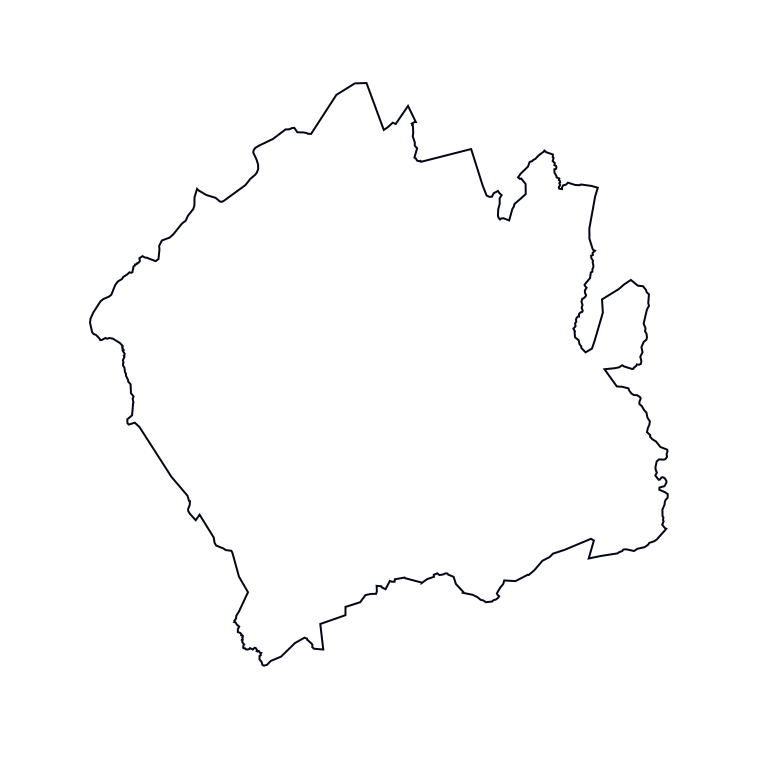 Edenderry Lea-6, Offaly, Ireland, rotated 278°
{"feature_id": "5873133B48901885331675", "entity_name": "Edenderry Lea-6", "entity_type": "district", "adm_level": 2, "iso_a3": "IRL", "parent_name": "Ireland", "parent_adm1": "Offaly", "projection": "orthographic", "projection_center": [-7.208, 53.279], "detail": "fine", "context": "isolated", "style": "outline", "palette": "ink", "viewbox_px": 768, "rotation_deg": 278, "n_neighbors": 0, "source": "geoboundaries", "source_scale": "gbopen_adm2", "svg_char_len": 6144}
<svg xmlns="http://www.w3.org/2000/svg" viewBox="0 0 768 768"><g transform="rotate(278 384 384)"><path d="M182.1,515.3L183.6,521.2L185.2,522.6L186.2,524.9L188.2,526.8L189.8,527.6L191.0,525.8L192.4,524.9L198.7,527.5L202.5,529.9L206.2,530.4L207.1,541.6L215.1,552.9L215.0,553.9L220.5,558.8L231.0,565.5L235.7,572.1L239.5,574.9L244.8,585.7L259.5,610.5L258.2,613.6L239.7,611.0L243.8,622.4L248.9,639.2L249.8,639.7L251.8,643.2L253.3,644.0L253.7,645.0L254.0,647.4L253.4,654.8L256.1,657.9L258.7,664.8L261.7,668.0L263.6,668.8L265.8,673.3L267.8,675.6L279.9,683.7L280.5,682.1L283.4,679.1L286.9,680.0L288.2,679.2L290.5,679.3L291.9,678.2L298.3,677.2L303.6,678.6L306.6,678.5L308.8,679.2L310.7,680.7L314.5,680.3L316.0,677.1L317.6,671.3L319.8,671.2L321.9,676.0L325.8,677.4L327.6,677.0L329.9,674.9L330.5,673.0L329.9,671.6L327.7,670.5L327.4,669.3L331.1,665.4L334.2,666.5L337.1,664.9L339.2,664.4L345.3,664.8L347.6,666.8L348.1,671.8L348.9,673.2L351.3,674.4L353.8,673.6L356.7,674.1L358.4,673.6L360.1,666.4L364.9,661.4L366.7,657.3L368.8,654.8L370.4,654.8L372.9,651.1L376.9,651.4L380.4,652.4L384.0,652.5L387.3,649.6L392.3,647.8L394.1,645.5L398.0,642.3L399.7,639.7L402.0,639.4L405.2,640.2L406.4,639.7L408.2,636.2L407.8,633.0L409.0,630.4L411.4,627.9L413.7,626.7L414.4,620.2L414.0,614.9L429.3,600.3L431.7,610.1L433.1,614.2L435.7,617.4L434.8,619.2L433.4,627.6L433.8,628.9L434.9,629.1L436.9,631.2L438.6,631.7L438.5,633.7L439.7,635.6L442.3,635.7L446.7,634.0L451.4,635.6L456.3,633.8L461.8,635.3L464.4,637.7L466.8,637.9L470.2,637.0L472.5,635.2L475.6,635.2L479.9,632.7L494.3,634.0L498.2,635.5L501.0,634.4L509.7,633.9L511.3,631.5L513.9,630.1L516.9,626.8L516.7,621.7L521.4,614.0L516.1,608.0L510.5,603.1L498.1,588.1L485.2,590.8L455.7,586.5L448.0,585.0L443.4,579.2L447.2,574.4L448.6,574.1L450.8,572.0L454.4,570.7L456.8,566.7L461.8,565.5L462.6,565.8L465.2,563.8L467.7,565.6L470.9,564.8L472.3,565.8L474.5,565.1L476.5,565.6L477.8,566.7L477.9,567.7L480.6,567.4L482.3,568.7L482.9,570.2L484.2,570.6L487.1,569.1L489.9,569.6L493.0,568.1L496.0,568.5L496.1,569.2L498.5,571.3L500.1,571.8L502.2,570.3L504.7,569.9L507.5,571.2L509.4,569.1L510.3,568.8L517.6,573.3L523.2,573.3L524.2,574.7L527.0,574.4L528.4,575.0L530.4,574.9L533.4,573.7L535.2,573.8L537.5,571.8L539.8,571.2L540.8,572.9L542.8,572.3L545.3,574.4L546.1,572.1L556.5,567.2L566.7,565.7L599.3,567.0L608.1,568.4L609.0,562.1L609.0,551.2L608.1,550.2L607.7,545.6L609.0,538.2L606.6,536.3L605.7,533.8L603.7,533.0L601.8,533.2L601.8,530.4L602.9,529.7L605.6,530.7L607.2,529.7L608.3,530.4L609.7,529.8L610.2,528.8L611.9,529.0L612.6,526.2L613.8,525.9L617.0,523.4L620.3,522.8L620.9,524.3L622.3,524.7L624.0,523.9L624.4,522.3L626.6,522.4L628.2,520.0L631.4,520.5L631.9,519.6L634.8,519.3L636.1,512.4L637.5,510.3L636.4,509.9L632.0,505.4L627.8,502.4L626.8,500.8L625.1,499.5L624.3,497.4L619.3,496.3L611.2,490.0L607.2,488.0L606.0,490.1L606.6,491.2L601.8,496.4L591.7,497.9L580.3,488.1L577.9,487.9L574.9,486.7L563.4,485.2L564.8,479.2L564.0,476.7L563.1,476.0L564.5,474.3L566.6,473.4L572.8,472.8L578.4,473.5L584.0,472.7L587.4,474.2L589.0,471.8L591.0,470.0L588.2,466.1L584.5,464.8L584.0,462.4L584.9,459.4L594.0,454.2L628.8,437.6L609.2,389.8L610.0,389.1L609.5,388.0L609.8,385.7L611.6,384.3L612.5,382.6L622.0,384.0L624.3,381.3L627.4,380.9L633.3,378.0L636.9,378.0L643.5,376.7L644.2,375.9L644.9,376.3L645.7,375.3L647.6,377.7L647.8,379.1L662.7,369.1L643.1,359.4L644.0,356.3L638.6,351.8L635.6,348.4L679.6,324.8L677.6,313.2L663.7,296.6L621.5,277.0L621.2,273.7L621.8,272.5L621.9,269.2L621.2,263.2L625.2,259.5L624.5,257.0L623.0,254.7L622.4,251.1L611.2,239.9L602.4,226.7L599.8,223.6L597.6,222.4L595.0,222.3L588.2,226.7L583.7,228.8L579.5,229.5L575.8,228.7L573.4,227.4L568.4,223.0L561.7,219.1L542.9,199.7L541.9,198.1L541.8,196.3L544.9,191.3L546.4,181.9L549.8,173.6L551.2,171.7L542.5,170.4L534.2,171.4L530.8,170.8L523.3,166.4L518.2,165.0L514.9,161.7L502.9,154.5L499.2,151.4L495.2,144.1L489.5,142.1L486.1,142.9L476.4,143.3L473.9,140.8L476.1,130.9L475.9,129.8L477.0,127.1L474.6,124.3L471.7,125.1L470.0,124.1L469.3,122.7L468.2,122.4L467.7,120.8L466.6,120.8L465.6,119.6L459.8,119.3L459.0,118.4L459.2,116.4L456.8,114.5L453.6,110.8L451.7,110.1L448.3,106.0L444.4,104.0L434.5,101.6L432.4,99.7L429.1,94.3L426.5,91.8L414.4,86.2L407.9,84.3L403.9,84.3L394.8,87.7L393.1,89.4L392.5,92.0L389.5,95.9L388.0,96.9L388.3,98.4L390.8,101.7L390.3,103.4L391.3,105.7L391.2,109.1L387.9,116.7L385.2,120.0L384.2,119.5L383.3,120.3L382.4,120.0L381.4,121.5L380.5,120.6L378.0,122.9L376.4,123.0L375.8,122.4L374.8,123.2L371.2,122.1L368.8,123.1L368.0,122.7L365.9,123.1L364.0,124.7L359.8,125.8L358.2,127.1L356.3,127.3L352.2,130.1L350.8,130.3L348.4,133.1L339.7,134.7L336.9,137.7L334.3,137.2L330.6,138.5L330.1,138.2L317.9,138.9L313.3,134.7L309.5,135.4L308.3,136.9L311.0,142.6L307.4,147.8L262.5,186.4L246.0,205.0L241.2,207.1L241.0,208.2L236.7,208.4L232.9,207.4L231.0,207.8L228.4,209.9L222.9,216.5L228.9,219.6L208.2,236.8L203.2,238.3L200.7,240.2L198.7,248.1L197.5,250.4L197.6,256.0L195.9,257.3L173.0,267.2L158.9,278.3L138.4,272.0L134.0,270.0L131.1,270.1L128.9,268.8L128.0,269.4L127.4,268.9L127.1,270.4L125.3,271.7L123.6,274.4L121.0,273.4L118.0,273.8L117.5,276.2L116.2,277.8L115.3,277.6L115.0,279.2L113.9,279.4L113.1,278.9L111.7,279.6L110.8,278.9L110.5,279.6L108.8,279.5L106.5,281.8L105.9,281.2L103.2,281.2L102.7,282.3L102.9,283.3L102.1,283.9L102.1,286.1L102.9,287.6L103.8,288.1L102.8,291.0L104.8,292.6L104.6,293.8L102.8,295.3L101.7,295.1L101.5,296.0L102.2,297.2L100.5,298.8L100.5,299.7L99.8,299.3L98.1,299.7L97.3,298.6L94.0,299.0L91.7,301.5L88.9,302.7L88.4,304.3L89.6,307.2L94.0,310.4L99.7,320.0L115.1,331.9L121.7,340.6L121.1,343.2L120.1,343.5L116.8,348.5L115.7,349.4L113.4,349.6L112.1,351.5L112.6,360.8L137.5,354.3L149.7,378.0L157.9,376.9L164.6,390.8L172.4,395.0L174.3,400.3L175.1,405.4L177.7,405.8L183.1,404.8L183.3,409.5L182.3,410.1L181.0,414.1L189.8,417.2L189.3,419.2L189.7,422.0L192.1,421.9L195.2,431.3L194.6,432.2L192.6,449.1L192.2,449.1L196.8,453.9L200.0,460.3L202.0,459.8L203.9,463.1L202.5,465.5L203.6,469.0L205.1,471.4L205.1,473.2L204.2,474.0L202.7,479.8L196.0,483.0L189.2,491.4L188.2,491.0L187.6,501.0L186.0,506.0L183.7,509.9L183.5,512.4L182.1,515.3Z" fill="none" stroke="#020617" stroke-width="2"/></g></svg>